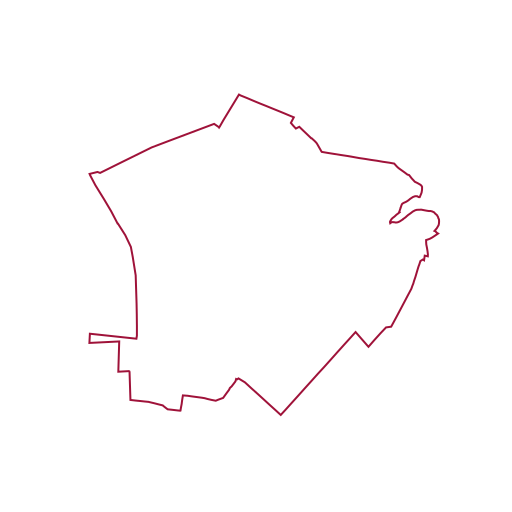 outline of Beba Veche, Timis, Romania, rotated 162°
{"feature_id": "2599482B62831651771343", "entity_name": "Beba Veche", "entity_type": "district", "adm_level": 2, "iso_a3": "ROU", "parent_name": "Romania", "parent_adm1": "Timis", "projection": "natural_earth1", "projection_center": [20.316, 46.114], "detail": "fine", "context": "isolated", "style": "outline", "palette": "rose", "viewbox_px": 512, "rotation_deg": 162, "n_neighbors": 0, "source": "geoboundaries", "source_scale": "gbopen_adm2", "svg_char_len": 3426}
<svg xmlns="http://www.w3.org/2000/svg" viewBox="0 0 512 512"><g transform="rotate(162 256 256)"><path d="M419.9,157.9L414.9,155.6L411.0,153.9L407.0,152.1L403.1,150.4L402.7,150.1L398.1,147.3L394.5,145.0L390.8,142.7L390.7,142.4L389.0,139.8L387.4,137.5L382.5,135.3L378.6,133.5L375.9,132.3L375.6,132.3L374.8,133.9L373.5,136.3L372.5,138.1L371.6,140.0L370.8,141.7L368.6,146.0L364.2,144.2L360.4,142.3L356.0,140.2L351.4,138.0L348.7,136.6L346.3,135.0L342.8,132.9L339.0,130.8L336.5,131.0L331.1,131.2L326.6,134.5L322.8,137.2L321.8,138.4L321.3,138.7L319.5,139.5L314.3,143.1L312.9,145.2L312.1,144.5L310.5,145.0L305.6,139.3L301.2,131.5L297.0,124.3L292.8,116.9L288.9,110.0L284.7,102.7L281.6,97.2L275.5,100.6L267.2,105.4L259.2,110.0L250.6,115.0L242.6,119.6L234.0,124.6L225.1,129.6L216.5,134.6L208.3,139.4L199.1,144.7L190.7,149.5L184.8,152.9L180.7,143.3L177.1,134.9L169.2,139.6L161.2,144.2L154.4,147.9L149.3,147.0L145.6,150.5L141.4,154.5L135.1,160.6L131.5,164.1L128.3,167.2L124.0,171.4L118.4,176.8L116.5,179.3L114.9,181.2L113.5,183.3L112.9,184.1L110.8,186.9L106.5,193.2L104.6,195.9L103.3,197.5L101.2,200.4L98.4,201.1L97.5,200.0L95.4,204.2L92.7,202.6L92.0,204.5L91.4,207.5L90.9,210.8L90.5,214.2L90.1,215.9L89.3,218.6L86.7,218.6L85.1,218.7L82.5,219.2L77.5,220.6L75.9,221.1L76.6,221.9L77.2,222.8L77.6,223.9L78.5,224.7L75.5,226.5L73.8,228.0L72.8,228.9L72.1,230.1L71.9,230.5L71.2,232.3L70.8,233.7L70.7,234.4L70.9,235.8L70.8,236.8L71.1,237.9L71.1,238.6L72.0,240.2L72.4,240.8L73.2,242.6L73.8,243.1L74.6,243.9L76.2,244.9L76.8,245.1L77.4,245.2L79.2,246.1L79.6,246.3L82.7,248.0L83.4,248.4L84.5,249.0L88.7,250.2L90.4,250.3L92.1,250.0L93.2,249.8L94.8,249.2L96.6,248.6L98.6,248.0L99.3,247.7L101.0,247.0L101.5,246.7L103.3,246.1L104.7,245.7L104.8,245.5L106.3,245.1L108.5,244.5L110.0,244.3L111.1,244.3L112.7,244.6L113.7,245.2L114.5,245.5L115.2,245.9L116.4,246.2L116.7,246.2L118.2,245.7L118.1,246.9L117.7,247.5L116.1,248.9L115.4,249.4L114.4,249.9L111.9,250.8L109.8,251.8L108.4,252.3L108.0,252.4L105.9,253.2L106.2,253.7L105.4,254.6L105.3,254.8L104.2,256.3L103.9,256.6L103.5,257.4L103.1,257.7L102.0,259.3L100.9,260.4L100.4,260.6L99.0,260.9L97.9,261.0L96.3,261.2L94.7,261.6L93.2,262.1L92.3,262.5L91.4,262.8L88.6,263.6L86.6,263.7L85.9,263.6L84.2,263.0L83.9,262.7L83.2,261.8L82.1,261.4L81.4,262.2L79.6,264.3L78.9,265.2L77.7,267.5L77.4,268.3L76.7,270.4L76.8,271.2L77.1,272.1L77.6,272.9L78.1,273.5L80.0,275.6L82.0,277.5L82.9,279.5L83.9,281.6L85.4,285.7L86.8,286.6L88.8,289.5L92.8,294.9L93.7,296.3L94.5,297.8L96.0,301.2L100.5,303.6L106.2,306.4L111.5,309.2L117.0,311.9L122.2,314.6L127.5,317.2L132.9,320.1L138.2,322.9L144.0,325.8L149.5,328.6L155.4,331.6L161.3,334.7L161.5,335.4L163.2,343.6L163.6,345.0L164.7,347.3L166.7,350.8L167.1,350.9L169.7,355.8L172.3,360.6L174.9,365.5L178.7,364.9L180.4,368.6L181.7,371.8L177.2,376.2L181.4,379.8L185.1,383.0L189.7,386.9L194.7,391.1L199.9,395.5L205.2,399.9L210.0,404.0L215.5,408.8L221.1,413.5L222.3,414.8L222.9,414.3L226.6,411.1L245.0,395.3L250.5,390.3L251.4,389.6L251.5,390.0L255.0,394.6L303.2,392.4L321.7,391.5L356.2,386.5L378.6,383.2L380.8,384.9L388.9,385.5L388.8,384.1L388.4,381.7L386.9,373.0L383.0,357.0L379.9,343.2L377.6,329.6L377.3,329.5L373.9,316.2L372.2,303.3L373.5,293.3L376.4,274.8L381.6,256.9L384.3,247.6L387.4,237.4L391.0,225.9L393.9,217.0L395.3,214.3L438.0,233.4L441.3,224.8L412.5,217.0L422.7,188.5L412.5,185.8L412.3,185.6L412.1,185.4L412.1,184.8L419.9,157.9Z" fill="none" stroke="#9f1239" stroke-width="2"/></g></svg>